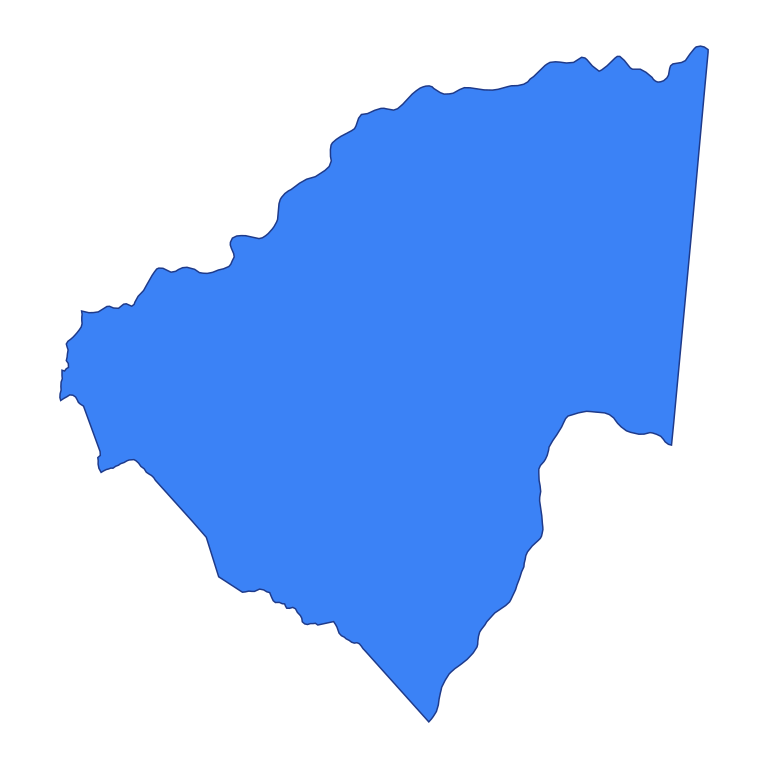 the district of Remanso, Bahia, Brazil
{"feature_id": "56859067B23301273504711", "entity_name": "Remanso", "entity_type": "district", "adm_level": 2, "iso_a3": "BRA", "parent_name": "Brazil", "parent_adm1": "Bahia", "projection": "robinson", "projection_center": [-42.307, -9.633], "detail": "fine", "context": "isolated", "style": "filled", "palette": "blue", "viewbox_px": 768, "rotation_deg": 0, "n_neighbors": 0, "source": "geoboundaries", "source_scale": "gbopen_adm2", "svg_char_len": 4645}
<svg xmlns="http://www.w3.org/2000/svg" viewBox="0 0 768 768"><path d="M429.2,85.9L425.9,86.1L423.0,86.9L420.1,88.1L416.2,90.8L412.1,94.2L405.1,101.7L402.9,104.1L397.6,108.7L393.6,110.1L386.2,108.8L384.0,108.3L380.9,108.4L374.7,110.3L367.5,113.6L364.1,114.1L361.4,114.5L358.6,118.2L356.0,125.9L354.5,128.7L351.6,130.7L340.8,136.4L336.3,139.4L332.5,142.7L331.1,145.0L330.4,149.7L330.5,156.5L331.3,160.9L329.2,166.5L325.0,170.4L315.3,176.7L306.6,179.2L299.7,183.1L291.0,189.6L288.4,190.9L284.9,193.5L281.6,197.3L280.3,199.4L279.0,203.7L277.6,219.4L276.6,222.0L274.0,226.7L272.3,229.0L268.3,233.5L265.7,235.7L262.4,237.8L259.0,238.6L245.6,235.7L241.2,235.6L236.7,236.0L232.4,238.1L230.4,242.3L230.3,245.0L231.3,248.1L233.7,253.7L234.2,257.0L232.4,260.5L230.8,264.2L228.9,266.5L223.5,268.8L218.4,270.0L212.7,272.3L210.4,272.8L207.2,273.4L203.0,273.2L199.4,272.6L194.6,269.3L187.0,267.3L182.6,267.7L178.5,269.5L175.7,271.3L171.0,272.2L163.0,268.3L158.8,268.1L156.7,269.0L154.4,272.0L152.1,275.4L146.3,285.6L143.6,290.5L138.1,296.3L134.9,302.1L134.1,304.4L131.7,306.2L126.3,303.8L123.6,304.2L118.5,308.3L113.5,308.0L109.5,306.3L106.9,306.5L98.3,311.9L93.3,312.6L88.8,312.7L81.6,311.0L82.1,314.2L81.8,317.4L81.8,320.5L82.1,323.6L81.2,327.0L79.1,330.1L76.9,332.9L74.7,335.4L73.0,337.2L70.7,339.2L67.9,341.3L66.3,344.0L67.2,347.2L68.1,349.9L67.4,354.0L67.1,357.1L66.3,360.6L68.3,363.5L68.5,367.4L66.2,368.8L64.6,371.0L62.0,370.2L62.0,373.4L62.0,375.8L62.3,378.8L61.1,382.1L60.9,386.5L61.1,390.1L60.1,393.9L59.9,397.5L60.7,400.5L63.9,398.4L67.3,396.5L69.7,394.9L72.9,395.2L75.6,397.0L77.2,399.8L78.4,402.4L80.2,404.0L83.5,406.1L100.1,451.6L100.3,455.4L97.8,457.6L98.2,460.6L98.1,464.1L98.9,468.3L101.1,472.4L103.6,470.9L106.4,469.5L108.5,469.0L110.8,468.1L113.0,468.2L115.6,466.3L118.5,465.2L120.6,463.7L124.1,462.5L127.0,460.8L129.1,460.0L131.5,459.8L134.0,459.6L136.2,460.9L138.6,463.1L140.9,466.4L144.2,468.8L146.3,472.2L149.1,474.1L151.5,475.5L153.7,477.6L155.4,480.3L192.6,521.6L206.3,537.3L207.5,541.1L218.7,576.8L242.4,592.2L245.3,591.9L248.8,591.1L251.9,591.4L254.5,591.4L256.9,590.3L259.6,589.1L263.7,589.9L266.8,591.8L269.7,592.6L271.6,597.3L273.2,600.7L275.4,602.5L279.4,602.4L282.2,603.7L284.6,603.9L285.5,606.1L286.7,608.2L289.5,608.3L292.8,607.4L295.5,608.8L297.4,612.4L300.4,615.6L301.8,618.3L302.3,621.8L304.7,623.9L307.5,624.5L310.4,623.6L313.0,623.6L315.4,623.3L317.8,625.0L333.6,621.6L335.6,624.6L337.0,627.2L338.0,630.1L339.1,633.2L341.4,635.7L344.4,637.2L346.1,638.8L349.2,640.4L351.6,642.2L354.3,643.1L357.0,642.7L359.4,643.8L361.3,646.1L363.0,648.6L365.7,651.5L428.8,721.9L431.5,718.9L433.2,716.6L435.1,713.6L436.4,711.5L438.3,705.1L439.1,699.0L440.4,692.8L441.1,690.0L441.7,687.2L445.1,680.4L449.1,674.0L451.3,671.8L454.9,668.6L457.8,666.6L462.1,663.4L467.1,659.4L469.5,656.9L473.2,652.9L477.0,647.0L477.7,644.3L477.8,641.5L478.5,636.3L479.7,632.0L481.4,629.4L484.9,624.9L486.8,621.7L494.7,613.0L500.7,608.9L505.7,605.5L509.6,601.9L510.9,599.6L512.6,595.9L514.0,593.0L515.6,589.6L517.0,585.0L519.1,579.6L520.1,576.7L521.6,571.8L523.9,566.8L524.2,563.3L525.2,559.3L525.8,555.7L527.5,551.9L532.2,546.0L535.1,543.3L538.2,540.5L540.3,538.4L541.5,536.2L542.2,533.2L542.9,529.7L542.8,527.2L542.4,523.5L541.8,515.9L541.3,512.5L540.8,509.0L540.3,505.5L539.6,500.9L539.7,497.2L540.7,491.5L540.1,485.8L539.1,480.4L538.9,475.5L538.8,472.8L538.8,469.1L540.4,465.5L543.9,461.6L545.4,459.3L547.2,455.4L548.6,450.1L549.0,447.2L550.8,444.0L552.7,440.7L554.9,437.5L556.6,435.1L561.6,427.0L563.6,422.7L565.6,418.6L568.1,416.0L571.2,415.1L578.3,412.9L583.8,411.8L586.6,411.3L591.0,411.6L596.0,412.1L599.6,412.4L604.7,412.9L609.4,414.6L613.7,417.9L615.6,420.6L617.7,423.4L621.3,427.0L626.4,430.8L630.5,432.3L638.8,434.2L644.1,434.1L649.9,432.6L652.3,432.9L656.6,434.3L660.8,436.3L663.5,439.4L665.2,441.9L668.4,444.3L671.5,445.1L673.7,423.0L675.5,403.6L693.2,214.9L698.9,151.8L704.9,86.3L708.1,52.2L708.1,49.6L704.3,47.0L700.5,46.1L696.2,46.9L694.5,48.4L689.9,54.1L685.4,60.6L681.5,62.5L672.9,63.9L670.6,65.8L669.7,68.4L668.5,75.1L666.9,77.9L663.7,80.7L660.6,81.8L657.9,82.1L655.6,81.2L653.4,79.4L652.1,77.4L646.0,72.3L640.3,69.2L637.6,69.2L632.5,69.2L630.3,67.9L624.3,60.4L619.8,56.4L617.3,56.4L615.1,58.0L607.1,65.8L601.6,70.0L599.1,71.2L592.3,65.9L586.9,59.6L585.0,58.0L581.6,57.3L573.6,62.4L566.5,63.0L559.8,62.1L555.4,61.8L550.0,62.4L547.1,64.0L545.0,65.5L537.5,72.8L533.6,76.6L530.2,79.0L527.8,81.9L523.8,84.2L517.8,85.6L511.3,85.8L507.9,86.6L498.1,89.3L492.5,90.1L484.1,89.9L470.0,87.8L464.3,87.7L459.6,89.6L453.2,93.2L449.3,93.9L444.1,94.1L440.2,92.6L433.8,88.5L432.1,86.8L429.2,85.9Z" fill="#3b82f6" stroke="#1e3a8a" stroke-width="1.5"/></svg>